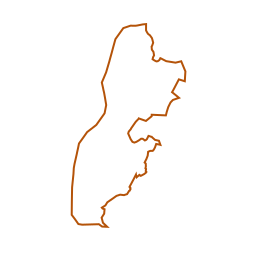 outline of Nkanu East, Enugu, Nigeria, rotated 194°
{"feature_id": "59680162B97802053648263", "entity_name": "Nkanu East", "entity_type": "district", "adm_level": 2, "iso_a3": "NGA", "parent_name": "Nigeria", "parent_adm1": "Enugu", "projection": "albers", "projection_center": [7.631, 6.32], "detail": "fine", "context": "isolated", "style": "outline", "palette": "amber", "viewbox_px": 256, "rotation_deg": 194, "n_neighbors": 0, "source": "geoboundaries", "source_scale": "gbopen_adm2", "svg_char_len": 2188}
<svg xmlns="http://www.w3.org/2000/svg" viewBox="0 0 256 256"><g transform="rotate(194 128 128)"><path d="M102.2,97.8L103.5,98.5L102.9,101.3L102.7,102.0L102.2,105.9L102.7,109.8L100.9,111.2L98.5,111.8L97.7,113.3L97.1,115.8L96.8,119.3L93.7,119.5L92.5,119.5L94.9,123.1L98.9,123.0L101.0,124.1L102.0,124.6L102.9,125.2L103.4,125.1L105.6,125.3L106.2,125.3L107.0,121.7L107.7,120.7L108.6,120.0L111.1,121.1L112.6,120.8L114.5,118.6L116.5,116.6L118.3,115.4L120.3,115.6L122.8,117.9L123.7,119.1L126.5,122.7L126.4,124.7L125.5,126.6L125.4,126.7L125.0,127.5L124.9,128.3L122.5,134.6L122.1,135.6L122.0,135.9L119.8,139.7L119.8,139.9L112.3,139.2L107.9,145.1L108.2,146.6L94.3,149.4L94.3,153.1L94.0,158.1L92.9,163.1L91.2,166.1L85.8,169.6L93.2,173.1L93.9,173.4L93.2,175.9L90.4,187.5L84.2,187.1L86.0,196.8L92.5,205.6L97.7,202.9L107.1,202.1L113.4,203.6L113.5,203.6L114.0,201.5L115.3,200.0L116.6,199.5L118.5,199.9L120.8,200.7L120.8,202.8L120.3,204.8L121.7,208.0L123.8,209.8L124.8,212.7L124.5,213.6L124.2,216.8L124.3,217.0L125.9,220.0L126.0,220.1L126.6,221.1L129.2,223.3L130.5,223.8L131.5,224.3L133.1,225.9L134.1,227.1L135.6,233.2L138.7,232.1L143.8,229.7L145.5,229.0L150.3,227.9L153.4,225.9L156.7,223.8L161.7,211.2L161.9,203.4L162.0,197.3L162.2,189.8L162.2,188.6L162.7,176.7L164.4,165.8L161.7,160.4L161.2,159.3L159.8,156.6L157.6,151.7L154.7,145.0L154.7,144.9L154.3,137.0L154.3,136.6L154.9,135.0L159.5,123.3L166.7,114.1L167.5,112.0L169.3,107.4L171.8,101.1L171.6,96.2L171.5,92.3L171.4,90.3L171.2,80.2L170.9,76.0L169.8,70.2L167.9,57.0L167.2,53.9L164.7,43.1L161.6,30.1L157.4,26.7L152.9,22.8L149.1,23.1L133.0,27.6L129.3,26.1L124.3,27.1L129.4,30.0L130.9,32.8L131.9,34.6L130.4,39.1L131.1,43.5L133.2,43.7L134.1,44.4L131.2,47.4L130.1,50.9L125.7,55.9L122.7,59.4L121.2,60.3L120.3,60.9L119.5,61.4L115.6,61.9L114.9,62.4L112.9,63.6L112.7,64.2L111.7,67.3L111.2,67.6L111.0,68.6L110.8,69.0L110.9,69.5L111.2,69.8L111.1,70.2L111.3,70.7L112.3,71.2L112.2,71.7L111.6,73.9L110.3,79.1L109.0,84.7L108.5,83.5L108.1,83.4L107.6,82.4L105.6,85.3L104.5,84.9L104.3,84.6L104.0,84.7L103.4,85.2L101.1,87.3L99.8,89.0L99.5,89.8L100.4,90.5L100.5,92.3L100.6,92.7L101.3,93.0L101.4,95.2L102.2,97.8Z" fill="none" stroke="#b45309" stroke-width="2"/></g></svg>